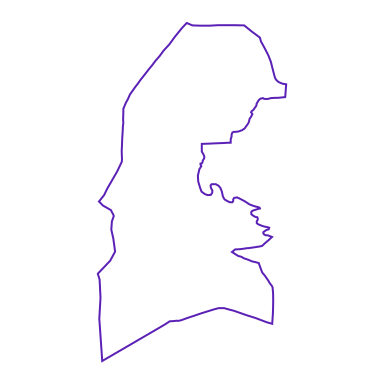 Al-Falluja, Al-Anbar, Iraq (Natural Earth projection)
{"feature_id": "34846034B2556059967776", "entity_name": "Al-Falluja", "entity_type": "district", "adm_level": 2, "iso_a3": "IRQ", "parent_name": "Iraq", "parent_adm1": "Al-Anbar", "projection": "natural_earth1", "projection_center": [43.931, 33.191], "detail": "fine", "context": "isolated", "style": "outline", "palette": "violet", "viewbox_px": 384, "rotation_deg": 0, "n_neighbors": 0, "source": "geoboundaries", "source_scale": "gbopen_adm2", "svg_char_len": 3426}
<svg xmlns="http://www.w3.org/2000/svg" viewBox="0 0 384 384"><path d="M178.4,320.9L181.6,320.1L184.8,318.9L188.5,317.6L193.4,316.0L200.1,313.7L205.5,312.0L213.9,309.4L218.8,308.1L221.5,308.1L224.0,308.1L228.6,309.4L234.0,310.8L245.1,314.7L248.8,315.9L255.5,318.0L266.6,322.2L270.8,323.4L272.2,323.8L272.5,319.5L272.9,313.6L273.1,306.7L273.2,301.0L273.1,293.7L272.6,287.4L271.6,285.5L269.6,283.0L268.8,281.4L264.9,275.7L262.2,272.5L260.7,268.5L258.7,263.0L256.8,262.5L254.9,262.0L252.1,261.4L248.4,259.8L243.7,258.2L242.0,257.1L240.1,256.4L238.5,256.1L236.9,255.1L236.0,254.6L232.0,252.0L232.8,251.4L235.0,249.5L236.2,249.3L238.2,249.3L240.5,249.1L243.0,248.8L246.8,248.2L248.7,248.1L253.7,247.4L258.2,246.7L260.6,246.3L262.1,245.9L265.2,243.0L268.4,240.3L272.0,237.0L269.8,236.1L268.0,235.4L265.6,235.2L264.1,234.4L263.3,233.4L263.4,232.1L266.2,230.1L267.1,229.8L268.1,229.5L268.7,229.3L269.2,227.7L267.8,227.3L266.2,226.9L265.4,226.8L262.8,226.1L259.3,224.8L257.8,224.0L256.8,223.2L256.8,222.6L256.7,221.4L257.6,220.1L257.8,218.4L257.3,217.3L254.9,216.7L252.8,215.4L251.4,214.3L251.2,212.2L252.2,210.9L254.4,210.1L256.9,209.3L259.0,208.7L259.9,208.5L259.6,207.7L257.6,207.0L255.8,206.6L252.9,205.7L249.3,204.3L248.5,203.7L244.3,201.0L242.7,200.2L239.1,198.3L237.0,197.4L234.1,197.9L233.2,199.4L233.2,201.2L232.3,202.3L229.5,202.2L226.4,200.5L224.7,199.5L224.4,199.2L223.9,198.3L223.3,197.2L222.7,195.6L221.9,191.7L220.4,187.9L218.4,185.6L217.0,184.9L215.8,184.2L211.6,184.2L210.6,185.4L210.6,185.6L210.9,187.8L212.4,190.6L212.2,192.8L210.8,194.9L207.7,195.1L204.9,194.1L201.5,191.6L201.1,190.5L200.1,187.8L199.3,185.1L198.2,181.4L197.9,175.9L197.9,175.6L199.4,169.1L201.3,166.2L200.6,165.0L200.5,163.6L201.7,163.5L202.5,162.3L202.8,160.5L204.1,158.5L204.4,156.8L203.5,154.5L201.8,151.6L201.8,143.9L209.9,143.6L213.9,143.4L223.7,143.0L226.9,142.8L230.7,142.7L230.7,140.0L230.8,138.8L231.5,136.9L231.6,136.1L231.6,135.2L231.7,134.1L232.5,132.4L233.7,131.9L237.3,131.7L239.4,131.2L240.6,130.7L242.0,130.2L243.1,129.5L244.8,128.3L245.8,126.7L247.2,124.9L248.5,122.9L248.6,122.6L249.2,120.7L249.6,118.8L250.6,117.4L251.2,116.5L252.0,114.8L252.4,114.1L251.1,112.3L251.6,111.2L253.3,110.0L253.7,109.4L254.4,108.4L256.4,105.6L256.6,103.7L257.7,101.9L258.7,100.2L260.4,98.7L263.0,98.1L264.0,98.8L264.9,98.9L266.2,99.0L267.8,98.9L269.0,98.7L270.3,98.2L273.7,97.9L278.0,97.8L279.3,97.7L284.1,97.2L285.2,97.1L286.2,84.3L283.0,83.8L281.4,83.3L279.4,82.4L278.0,81.6L276.0,79.6L275.3,78.3L274.8,77.2L274.0,74.1L272.8,69.6L272.0,66.4L271.4,64.0L271.0,62.2L268.9,56.8L268.9,56.7L268.5,55.7L265.1,49.0L262.4,44.0L261.0,41.6L259.9,37.6L251.6,31.4L244.2,25.4L234.3,25.2L217.9,25.2L209.1,25.7L201.2,25.7L192.5,25.4L191.7,25.1L186.7,23.0L181.9,28.1L174.7,37.0L169.4,44.3L163.7,50.5L159.6,56.1L155.4,60.9L152.2,65.2L149.1,68.9L145.4,73.7L140.8,79.5L137.5,84.1L134.8,87.6L130.0,94.4L127.9,99.1L125.9,102.7L123.6,108.2L123.4,108.5L123.3,113.7L123.1,118.6L123.3,123.1L122.9,126.6L122.7,131.1L122.4,135.7L122.2,139.0L122.0,144.5L121.7,151.4L122.0,159.9L121.7,162.0L121.2,163.0L117.2,171.4L107.1,188.9L104.1,195.1L99.0,201.5L102.9,205.5L110.9,210.1L113.6,215.3L113.7,216.3L111.9,221.4L111.3,229.6L113.3,238.5L115.1,251.6L110.2,260.7L102.5,268.8L98.0,273.5L97.8,273.8L99.6,279.5L100.5,297.7L99.3,318.7L101.8,354.7L102.2,361.0L164.5,324.7L167.5,322.8L169.7,321.3L173.2,321.1L177.1,320.7L178.4,320.9Z" fill="none" stroke="#5b21b6" stroke-width="2"/></svg>